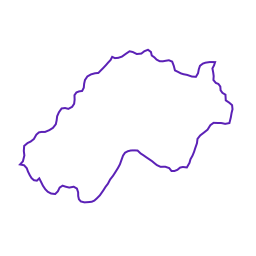 Córrego Novo, Minas Gerais, Brazil (Natural Earth projection), rotated 11°
{"feature_id": "56859067B96564983338004", "entity_name": "Córrego Novo", "entity_type": "district", "adm_level": 2, "iso_a3": "BRA", "parent_name": "Brazil", "parent_adm1": "Minas Gerais", "projection": "natural_earth1", "projection_center": [-42.444, -19.834], "detail": "fine", "context": "isolated", "style": "outline", "palette": "violet", "viewbox_px": 256, "rotation_deg": 11, "n_neighbors": 0, "source": "geoboundaries", "source_scale": "gbopen_adm2", "svg_char_len": 2085}
<svg xmlns="http://www.w3.org/2000/svg" viewBox="0 0 256 256"><g transform="rotate(11 128 128)"><path d="M200.9,46.7L195.6,47.7L191.6,49.1L189.2,50.5L186.8,53.2L186.3,56.8L186.3,60.9L184.9,64.8L180.9,65.3L175.9,64.6L172.1,64.6L169.5,64.3L166.5,63.4L163.1,62.5L161.1,58.3L158.7,54.4L155.2,53.7L152.2,54.8L149.4,55.9L146.3,56.4L143.0,55.4L140.4,53.6L137.5,52.3L136.0,49.0L132.7,47.4L129.4,49.5L126.9,52.4L122.5,53.7L118.2,52.5L114.9,52.4L111.9,55.4L108.4,59.1L105.0,61.0L101.8,61.9L98.9,61.2L97.9,64.6L96.0,67.6L94.4,70.4L92.2,73.9L90.1,77.0L88.4,79.6L85.1,80.6L81.5,82.4L78.3,85.1L76.6,89.1L76.5,92.9L76.9,96.9L75.9,100.4L73.0,101.4L70.6,102.9L69.2,106.0L70.2,110.4L70.5,114.5L69.1,117.9L65.8,120.6L62.4,120.4L59.1,121.5L57.2,125.7L56.2,130.0L56.5,134.2L56.4,138.1L54.3,142.2L51.2,145.1L47.3,147.7L44.0,148.3L41.4,149.3L39.3,152.0L37.7,156.8L35.0,159.9L32.3,161.9L29.5,165.4L30.1,170.4L31.5,174.7L31.2,180.8L29.0,184.4L33.1,184.4L36.3,186.8L38.1,189.8L40.6,193.1L42.9,195.6L45.6,197.2L48.6,197.1L50.5,194.4L53.0,197.6L55.5,200.9L58.5,203.9L61.4,205.9L65.0,207.0L69.1,206.7L71.2,203.6L72.3,199.5L74.8,197.1L77.8,197.5L81.7,197.7L85.9,196.0L89.4,197.2L91.3,200.6L92.1,204.3L93.4,207.3L95.7,209.1L99.5,209.3L103.6,208.2L106.5,207.3L108.8,205.7L110.8,203.1L113.2,199.5L115.6,194.1L117.2,190.0L118.9,186.6L120.3,181.9L122.4,177.8L124.2,173.3L125.8,169.1L127.0,165.2L127.7,160.5L128.4,156.0L129.8,152.8L132.3,150.8L135.1,149.5L138.7,148.7L141.7,148.3L145.3,150.6L148.3,151.8L151.2,153.1L155.2,154.8L158.0,156.0L160.7,157.5L163.4,158.9L167.3,159.9L171.9,158.9L176.1,159.5L178.9,161.9L181.7,161.4L184.5,159.6L186.7,156.9L189.3,155.8L193.3,155.5L195.0,150.5L195.3,146.7L196.6,142.8L197.4,138.8L197.8,135.3L198.6,129.8L198.3,125.4L200.3,121.5L203.5,117.9L206.4,114.5L208.3,109.5L211.0,106.6L214.9,106.0L218.8,105.3L222.6,105.4L226.6,103.8L226.9,98.1L226.8,93.4L227.0,89.6L225.8,85.7L222.5,83.8L218.7,82.2L217.3,76.7L214.0,75.5L211.7,73.3L210.7,69.7L208.3,67.5L205.6,67.0L202.7,64.6L202.2,60.7L201.1,57.4L199.5,53.4L200.5,50.1L200.9,46.7Z" fill="none" stroke="#5b21b6" stroke-width="2"/></g></svg>